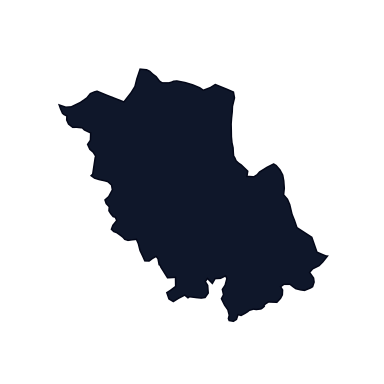 Dibis, At-Ta'mim, Iraq, rotated 58°
{"feature_id": "34846034B21026183347642", "entity_name": "Dibis", "entity_type": "district", "adm_level": 2, "iso_a3": "IRQ", "parent_name": "Iraq", "parent_adm1": "At-Ta'mim", "projection": "robinson", "projection_center": [44.143, 35.661], "detail": "fine", "context": "isolated", "style": "filled", "palette": "ink", "viewbox_px": 384, "rotation_deg": 58, "n_neighbors": 0, "source": "geoboundaries", "source_scale": "gbopen_adm2", "svg_char_len": 2614}
<svg xmlns="http://www.w3.org/2000/svg" viewBox="0 0 384 384"><g transform="rotate(58 192 192)"><path d="M196.5,274.1L199.1,271.9L200.7,268.3L202.7,264.2L207.4,264.9L214.2,267.1L220.4,267.8L225.4,268.5L227.8,264.9L227.4,260.8L227.6,256.5L230.6,256.2L235.0,257.9L236.2,258.4L236.3,258.3L236.6,258.1L237.6,257.9L239.1,258.2L239.5,258.2L246.6,258.2L251.8,258.2L254.4,253.5L255.6,251.2L263.4,255.9L264.0,262.8L264.0,266.7L270.5,268.2L275.0,265.9L275.0,259.7L275.6,252.8L279.6,251.5L279.5,249.6L283.9,244.2L286.9,240.3L288.4,236.8L286.3,231.8L279.5,228.2L275.0,228.2L273.5,224.7L280.3,223.2L277.7,218.3L280.3,213.6L280.9,207.9L283.9,208.3L288.6,213.3L290.7,217.9L295.8,219.7L298.1,223.6L305.2,224.3L310.9,224.0L316.2,225.7L318.6,228.2L320.7,228.6L323.6,225.4L323.6,221.8L322.4,220.4L320.4,217.9L322.7,215.8L323.0,211.5L323.0,208.3L322.7,206.2L323.9,201.9L325.7,199.8L327.7,195.5L327.7,194.1L327.3,191.4L326.5,191.4L325.8,189.1L325.8,185.4L328.3,181.7L330.5,178.5L329.1,173.3L327.1,169.9L323.1,167.1L319.3,167.1L319.0,163.0L322.2,157.8L325.8,156.5L329.0,155.2L332.6,151.7L335.1,148.7L336.2,142.2L336.2,139.9L333.1,136.2L329.4,134.5L322.5,134.9L321.1,130.4L321.8,123.3L320.6,118.1L318.1,111.1L317.2,112.3L314.3,114.4L309.2,117.9L293.9,114.4L277.8,121.9L270.2,120.1L264.5,119.1L263.3,118.8L254.5,115.8L248.7,114.9L242.9,115.8L237.8,111.8L231.2,108.3L225.7,106.1L219.9,105.7L214.1,106.6L211.5,107.9L210.8,115.3L210.8,121.0L210.8,124.1L211.9,127.6L211.9,131.5L209.0,135.5L207.9,137.2L203.9,133.7L195.1,135.9L192.2,137.2L188.9,138.1L185.7,137.6L183.5,137.6L180.9,136.3L176.2,133.7L171.4,132.0L166.0,129.3L160.2,125.8L155.1,122.8L150.3,119.3L145.2,115.3L140.8,112.3L134.7,106.1L129.2,103.9L123.4,107.9L113.2,115.3L113.2,121.0L112.4,125.0L111.7,128.5L107.7,130.2L101.5,134.6L95.6,139.8L89.8,146.0L88.3,149.0L88.0,151.2L87.2,153.8L85.8,156.0L83.6,159.5L80.7,160.8L75.2,161.3L70.8,163.0L67.2,163.9L64.3,165.7L60.3,170.9L66.8,178.8L72.3,184.5L75.5,191.0L79.5,202.0L64.9,212.9L56.2,219.1L55.4,221.7L54.7,226.1L56.5,231.3L56.9,239.2L55.8,249.3L53.2,254.1L47.8,258.5L51.8,259.4L56.6,260.1L58.5,259.5L61.2,257.8L64.5,260.1L69.0,260.7L73.9,258.9L76.0,255.5L79.5,251.0L82.3,250.4L85.6,248.3L88.2,246.6L94.3,250.7L96.3,255.3L101.7,256.0L105.9,254.7L110.4,254.7L112.0,256.1L111.9,256.2L124.2,266.7L124.7,268.9L128.6,267.3L132.2,264.2L136.2,260.1L138.6,257.9L143.4,256.5L148.0,258.4L151.8,265.1L152.6,270.0L156.4,270.9L160.7,270.0L163.9,272.4L167.3,272.4L171.1,271.9L172.7,270.4L176.3,270.9L178.3,276.7L180.9,280.1L184.1,279.3L186.5,277.4L191.1,275.5L193.9,274.5L196.5,274.1Z" fill="#0f172a" stroke="#020617" stroke-width="1.5"/></g></svg>